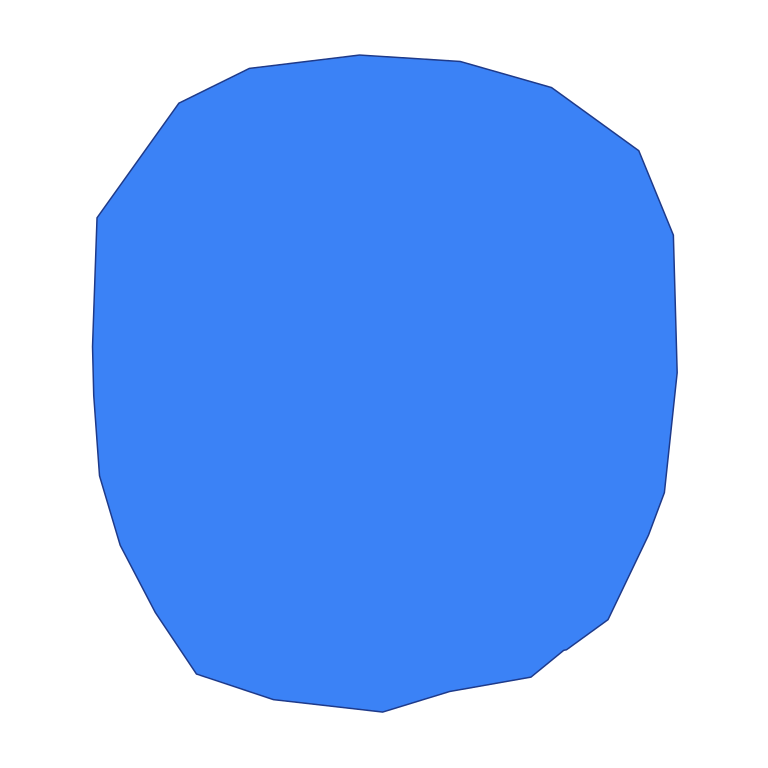 Dibaya-Lubwe, Bandundu, Democratic Republic of the Congo (orthographic projection), rotated 92°
{"feature_id": "63176286B25992661497472", "entity_name": "Dibaya-Lubwe", "entity_type": "district", "adm_level": 2, "iso_a3": "COD", "parent_name": "Democratic Republic of the Congo", "parent_adm1": "Bandundu", "projection": "orthographic", "projection_center": [19.864, -4.155], "detail": "fine", "context": "isolated", "style": "filled", "palette": "blue", "viewbox_px": 768, "rotation_deg": 92, "n_neighbors": 0, "source": "geoboundaries", "source_scale": "gbopen_adm2", "svg_char_len": 477}
<svg xmlns="http://www.w3.org/2000/svg" viewBox="0 0 768 768"><g transform="rotate(92 384 384)"><path d="M302.4,676.6L356.8,676.6L405.5,673.7L485.7,665.1L554.4,642.0L620.3,604.6L680.4,561.3L703.3,483.5L711.9,373.9L689.0,307.6L671.8,226.9L643.9,195.1L643.2,192.3L611.7,151.9L525.8,114.4L482.8,100.0L362.5,91.4L225.1,100.0L142.0,137.5L81.9,226.9L59.0,319.1L56.1,420.0L73.3,529.6L110.5,598.8L227.9,676.6L302.4,676.6Z" fill="#3b82f6" stroke="#1e3a8a" stroke-width="1.5"/></g></svg>